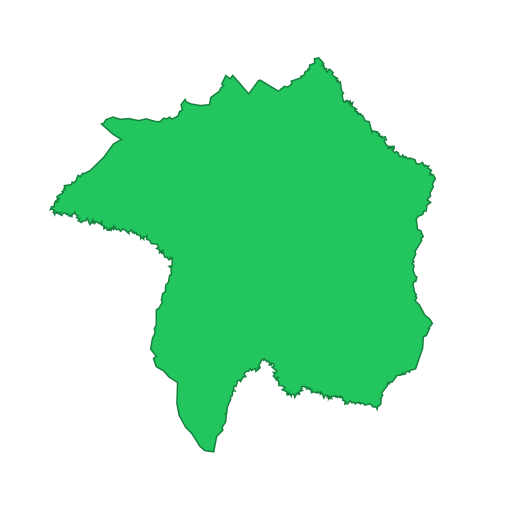 the district of Federal, Entre Ríos, Argentina, rotated 78°
{"feature_id": "61730980B64393727529638", "entity_name": "Federal", "entity_type": "district", "adm_level": 2, "iso_a3": "ARG", "parent_name": "Argentina", "parent_adm1": "Entre Ríos", "projection": "albers", "projection_center": [-58.864, -31.028], "detail": "fine", "context": "isolated", "style": "filled", "palette": "green", "viewbox_px": 512, "rotation_deg": 78, "n_neighbors": 0, "source": "geoboundaries", "source_scale": "gbopen_adm2", "svg_char_len": 6063}
<svg xmlns="http://www.w3.org/2000/svg" viewBox="0 0 512 512"><g transform="rotate(78 256 256)"><path d="M430.9,169.4L428.9,168.5L427.1,164.9L420.3,162.9L418.6,161.0L416.2,161.6L410.4,154.8L407.3,153.4L408.9,152.4L407.2,150.7L407.5,148.9L402.2,142.8L402.6,138.5L401.1,137.1L402.5,136.7L402.5,134.4L400.8,133.9L400.2,131.7L401.6,130.1L399.9,129.2L399.6,123.4L380.9,112.2L369.8,109.1L369.2,105.9L363.0,101.4L362.6,102.2L358.6,97.5L353.8,99.2L348.8,103.2L337.7,106.4L332.9,109.7L329.9,107.3L328.6,108.7L327.0,107.2L325.2,108.4L315.7,108.3L313.6,106.0L314.1,105.0L310.0,103.0L308.6,104.5L302.6,105.4L298.4,103.4L295.8,104.7L294.5,102.7L292.7,103.4L287.3,99.3L284.7,99.6L275.3,90.7L272.9,90.7L271.9,88.4L265.3,89.7L264.0,92.4L253.0,91.6L250.8,88.7L250.0,84.3L247.2,82.6L247.3,80.1L241.9,78.3L239.9,74.0L236.5,76.9L233.6,72.8L230.6,72.8L225.3,68.2L222.1,68.4L217.7,64.5L213.4,65.7L213.0,68.4L212.2,67.5L211.3,68.8L208.6,66.5L205.7,69.8L203.9,68.4L204.1,69.8L202.3,71.6L203.1,72.6L199.1,73.7L200.1,76.9L199.0,80.0L194.9,80.5L192.0,85.4L192.6,87.0L189.8,89.2L190.4,90.7L187.8,91.4L189.2,92.6L187.6,95.5L185.1,95.1L183.1,97.0L183.9,98.8L180.8,100.6L179.8,98.6L177.4,98.1L177.0,100.5L178.4,100.9L177.0,101.5L178.6,103.0L178.1,104.3L176.7,102.9L175.2,105.1L170.7,106.7L169.2,105.9L169.6,104.4L166.2,104.8L166.6,108.0L165.3,107.7L165.0,109.9L163.1,109.8L163.3,111.0L161.8,110.1L160.4,112.4L159.8,111.5L157.9,115.9L159.1,116.8L148.1,117.4L146.7,120.9L140.3,122.7L139.9,124.6L138.0,124.0L139.1,124.9L137.6,126.0L138.4,127.0L135.8,127.0L135.2,129.0L133.8,128.1L133.8,129.3L133.2,127.2L129.4,131.3L126.1,129.6L127.0,131.4L124.5,131.7L126.8,133.0L123.9,133.1L122.7,134.7L123.1,136.5L124.1,136.1L123.4,138.4L116.0,138.3L114.9,136.5L112.3,138.0L103.2,137.3L103.5,139.0L101.2,139.3L102.0,140.3L99.3,140.8L99.0,139.6L95.7,143.1L94.0,143.9L92.6,142.4L88.5,145.3L89.2,146.4L88.2,146.3L90.9,147.8L89.4,149.2L87.3,148.2L87.0,150.3L83.7,149.9L83.1,151.5L81.7,149.8L75.3,153.4L75.2,157.8L79.7,158.5L80.4,163.9L84.6,165.1L84.0,166.5L85.4,166.9L85.9,169.5L89.4,171.7L89.5,174.8L91.1,174.6L92.3,185.2L94.5,184.9L96.6,187.7L97.2,190.7L95.9,192.8L99.5,199.8L84.9,215.2L85.0,217.1L95.9,229.4L74.5,241.2L77.3,244.5L73.2,248.0L80.7,253.8L82.7,252.1L84.2,255.4L87.3,257.7L91.6,267.3L98.3,270.0L97.3,279.1L93.8,287.9L90.7,292.2L88.1,292.8L92.4,297.8L97.9,297.7L98.8,300.7L102.8,303.1L104.7,309.6L102.2,311.7L103.3,314.3L102.0,317.8L104.6,321.9L103.7,326.1L99.0,335.0L99.2,342.7L95.1,352.0L94.2,360.1L90.4,367.0L91.4,374.3L94.8,377.7L94.8,379.7L107.3,370.4L114.0,363.5L116.9,372.3L127.9,384.5L137.9,400.3L139.8,407.3L139.0,408.3L141.9,411.4L140.0,413.2L144.9,416.4L146.5,419.0L145.4,420.4L147.8,421.8L147.3,428.9L150.2,428.6L150.1,430.0L151.6,429.7L152.5,432.2L153.8,431.2L156.4,438.3L158.3,438.2L158.6,436.7L159.8,437.4L159.5,438.7L161.6,438.6L160.6,440.3L162.2,440.6L161.5,441.6L166.0,443.5L165.2,445.6L167.8,447.5L167.7,445.5L169.7,443.5L170.8,445.2L173.6,444.3L171.9,443.7L172.6,441.8L170.8,441.1L173.0,441.0L172.8,438.6L173.7,439.9L176.0,437.5L174.2,436.2L174.2,433.9L176.0,432.8L175.4,431.0L177.5,431.1L178.5,429.6L177.5,428.6L179.1,427.9L177.1,427.0L175.6,424.2L176.6,424.8L179.6,422.0L181.1,423.6L183.1,420.6L184.4,422.6L187.0,419.8L185.8,418.3L186.1,415.1L184.1,413.2L190.8,411.9L189.2,410.4L189.7,408.8L188.3,409.4L186.4,407.9L190.6,407.1L189.0,405.5L192.4,401.5L190.6,399.8L193.7,400.5L194.5,398.7L197.8,399.0L196.5,397.1L199.2,396.2L199.5,394.4L200.0,395.3L200.5,393.7L198.6,392.8L200.5,392.1L198.7,391.0L200.3,390.0L197.0,389.0L198.2,387.8L199.9,388.9L200.0,387.3L201.4,387.1L201.1,384.6L203.6,383.4L201.7,380.1L207.5,375.7L206.1,375.6L204.7,372.5L207.6,371.7L207.0,370.5L208.7,370.3L208.4,368.4L210.2,368.2L211.8,364.9L215.0,365.1L213.8,364.1L216.3,362.3L213.7,361.9L214.5,360.4L213.4,358.4L217.1,359.5L218.4,356.8L222.0,356.0L224.0,350.1L227.4,349.5L227.9,351.6L230.1,349.1L232.7,349.7L231.9,348.6L233.0,348.0L231.5,347.7L231.1,345.6L233.7,347.2L234.5,345.8L238.3,345.4L238.8,343.2L241.6,342.0L239.8,340.1L241.2,340.0L240.6,338.4L248.1,340.0L248.1,343.2L249.8,341.6L256.5,342.6L257.0,344.5L263.4,347.1L265.5,350.2L272.1,352.2L273.3,355.1L279.8,357.8L281.7,357.1L286.9,361.8L287.9,364.7L302.8,367.9L306.0,370.6L310.1,370.6L315.1,374.4L325.1,378.4L333.3,374.5L334.9,377.6L343.5,376.6L349.2,370.1L356.2,366.3L363.5,359.0L383.6,364.0L395.7,364.3L408.9,360.4L416.3,355.7L430.8,350.3L435.6,346.6L438.8,338.1L424.3,332.0L419.5,324.6L416.7,324.9L411.9,320.2L405.1,318.0L403.9,318.8L403.7,317.3L397.6,315.4L390.9,310.5L388.8,310.5L387.6,308.2L383.1,306.9L383.6,304.7L381.9,305.8L378.8,304.7L379.4,302.7L374.0,299.8L374.2,297.4L375.4,297.3L371.6,293.4L371.9,291.2L368.7,292.2L367.0,290.0L367.1,287.0L365.1,285.0L367.1,284.1L365.8,279.7L368.8,280.1L367.5,277.3L365.9,276.9L366.6,275.8L365.4,275.1L363.8,276.1L358.1,271.1L358.5,269.3L359.5,269.9L359.4,268.4L361.7,267.3L361.4,266.1L363.5,264.7L365.4,265.7L365.9,263.9L364.0,262.9L365.1,261.8L367.3,261.2L368.1,263.4L372.6,259.7L374.1,260.8L373.5,263.1L375.4,262.1L377.0,264.0L379.8,262.2L379.0,258.8L381.1,262.0L383.3,259.9L387.5,260.5L388.2,257.5L390.9,254.9L392.3,258.2L394.9,254.3L397.6,254.4L396.5,252.3L398.5,253.4L398.1,251.6L400.3,250.6L398.6,250.2L398.9,247.6L402.3,247.4L398.8,244.5L398.6,242.9L399.7,243.6L400.3,242.2L397.6,241.8L397.2,238.5L395.8,239.9L395.0,238.4L393.6,238.9L393.4,235.5L395.1,234.9L395.3,233.2L396.8,233.8L396.2,230.9L397.8,231.3L398.5,228.9L400.1,230.2L401.4,229.9L400.7,228.0L402.7,224.9L401.5,224.0L402.9,223.1L402.4,221.1L404.6,221.7L403.9,219.9L409.0,219.1L406.4,217.2L407.3,215.1L408.9,215.7L408.4,213.9L410.7,214.6L409.6,213.4L410.9,213.1L410.8,212.7L409.5,212.6L410.7,211.6L409.3,211.7L408.9,210.2L410.7,206.5L408.9,207.5L411.8,203.5L409.8,202.6L411.8,202.5L411.4,200.7L412.0,201.9L413.3,200.6L415.1,201.2L416.6,198.9L419.1,199.8L418.3,198.2L419.5,198.2L419.6,196.7L416.9,194.1L419.6,192.8L419.4,190.6L421.3,189.8L420.2,186.9L421.4,185.8L420.7,184.9L423.0,184.4L422.0,184.3L422.2,181.9L424.5,180.4L424.3,175.0L427.9,173.0L428.8,169.7L430.9,169.4Z" fill="#22c55e" stroke="#15803d" stroke-width="1.5"/></g></svg>